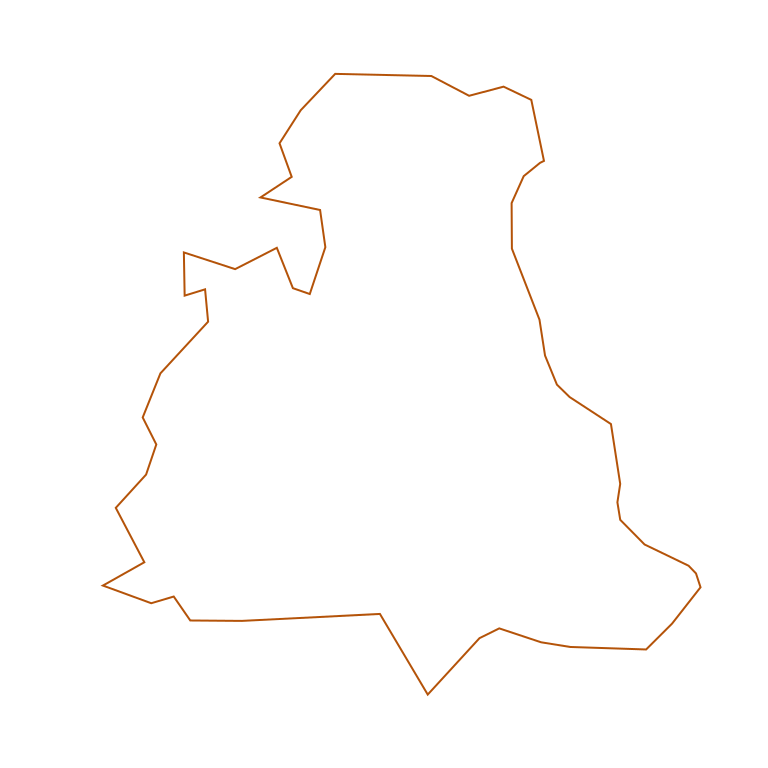 the district of King George, Virginia, United States of America, rotated 85°
{"feature_id": "52423323B49915090646837", "entity_name": "King George", "entity_type": "district", "adm_level": 2, "iso_a3": "USA", "parent_name": "United States of America", "parent_adm1": "Virginia", "projection": "albers", "projection_center": [-77.168, 38.271], "detail": "fine", "context": "isolated", "style": "outline", "palette": "amber", "viewbox_px": 768, "rotation_deg": 85, "n_neighbors": 0, "source": "geoboundaries", "source_scale": "gbopen_adm2", "svg_char_len": 831}
<svg xmlns="http://www.w3.org/2000/svg" viewBox="0 0 768 768"><g transform="rotate(85 384 384)"><path d="M484.0,662.0L540.7,638.3L560.3,681.6L582.1,635.0L577.4,612.0L602.7,597.6L607.6,546.4L612.7,408.1L697.2,367.5L645.5,311.0L637.5,290.5L655.0,250.0L662.2,221.4L671.3,146.0L647.8,117.9L614.1,86.4L599.9,89.7L591.6,96.4L566.6,138.4L539.9,160.5L522.2,161.8L504.1,157.4L443.7,161.4L413.2,200.2L399.7,211.8L369.7,221.1L333.5,223.5L260.3,244.8L214.9,241.1L189.1,226.7L177.3,209.3L175.7,205.2L113.8,212.5L98.2,239.0L104.3,274.1L81.3,310.0L70.8,405.6L104.0,443.1L135.1,467.1L169.6,457.9L187.4,490.8L205.1,432.5L242.6,430.5L287.9,450.1L280.6,466.4L239.0,478.9L256.6,522.3L235.5,571.9L278.6,574.9L274.1,554.0L306.6,553.8L353.9,605.8L396.3,627.3L424.4,616.1L453.5,628.9L484.0,662.0Z" fill="none" stroke="#b45309" stroke-width="2"/></g></svg>